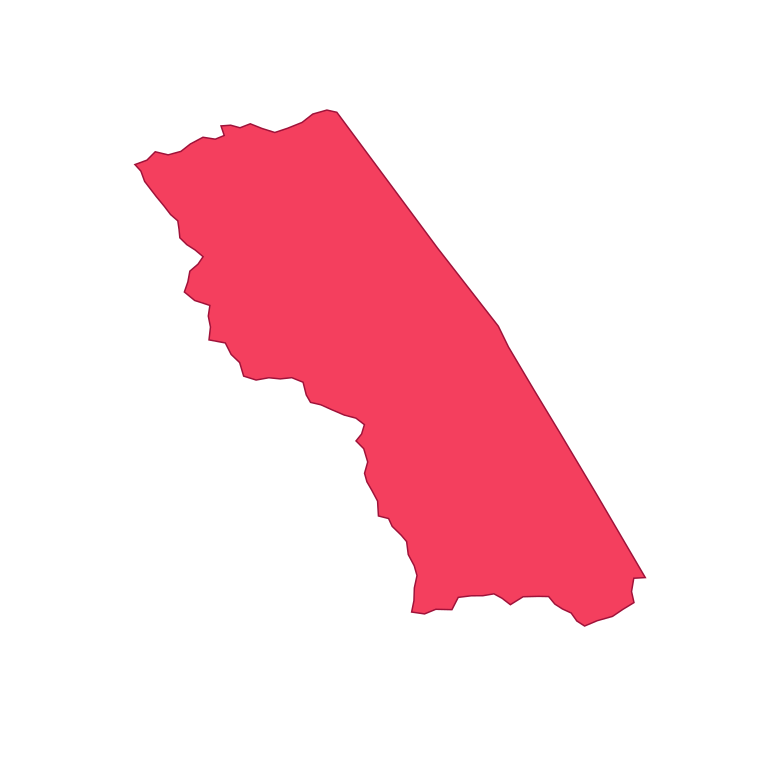 São Pedro de Alcântara, Santa Catarina, Brazil (Robinson projection), rotated 240°
{"feature_id": "56859067B21132471416897", "entity_name": "São Pedro de Alcântara", "entity_type": "district", "adm_level": 2, "iso_a3": "BRA", "parent_name": "Brazil", "parent_adm1": "Santa Catarina", "projection": "robinson", "projection_center": [-48.836, -27.586], "detail": "fine", "context": "isolated", "style": "filled", "palette": "rose", "viewbox_px": 768, "rotation_deg": 240, "n_neighbors": 0, "source": "geoboundaries", "source_scale": "gbopen_adm2", "svg_char_len": 1445}
<svg xmlns="http://www.w3.org/2000/svg" viewBox="0 0 768 768"><g transform="rotate(240 384 384)"><path d="M376.9,511.9L475.1,498.3L642.9,479.0L649.8,471.5L653.4,457.3L651.5,443.8L653.7,428.4L656.4,415.2L666.2,406.2L676.2,398.3L677.9,387.4L684.8,380.6L689.0,371.9L679.1,369.9L680.4,360.3L688.2,350.6L688.7,336.4L687.0,324.4L690.4,311.6L699.5,302.0L696.4,290.6L698.6,278.0L689.9,279.9L679.1,278.0L668.4,279.4L660.1,280.5L648.2,282.5L637.4,283.9L628.4,287.0L620.6,283.9L612.7,280.3L603.3,282.9L594.6,287.4L584.7,291.0L580.8,282.9L578.8,272.3L570.5,265.2L563.5,257.1L551.0,261.8L539.1,272.5L530.7,265.8L520.1,262.2L509.7,254.5L498.9,267.1L486.0,266.4L474.7,269.7L461.0,266.4L451.4,275.2L447.0,287.4L440.3,296.7L435.6,307.3L426.0,314.8L413.4,311.2L404.8,311.2L397.6,318.9L388.0,325.8L376.9,334.1L368.5,342.6L358.6,346.7L351.9,339.6L348.7,331.3L338.1,334.1L324.6,330.9L316.4,322.5L307.8,320.3L297.9,320.3L285.8,319.9L272.5,313.2L265.2,320.7L256.6,319.9L244.5,323.3L236.2,324.8L224.1,319.7L211.5,319.3L201.6,316.8L192.2,308.3L181.4,301.6L172.7,293.9L164.6,304.2L163.0,316.2L154.6,330.0L162.1,341.6L156.9,353.8L151.2,363.8L147.3,374.3L139.6,379.0L129.7,383.1L130.2,398.1L122.8,411.7L117.6,420.3L108.0,421.9L100.0,426.0L92.1,431.6L82.3,432.5L74.1,436.7L72.4,450.3L68.5,465.8L69.4,478.4L69.7,491.2L80.5,494.6L90.9,503.2L85.7,513.5L183.2,512.9L253.1,511.9L303.5,510.9L353.9,510.3L376.9,511.9Z" fill="#f43f5e" stroke="#9f1239" stroke-width="1.5"/></g></svg>